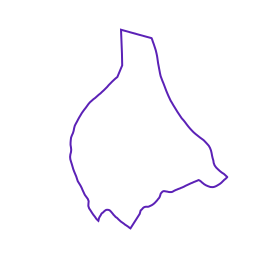 the district of Nisab, Shabwah, Yemen, rotated 335°
{"feature_id": "15242507B68873122709220", "entity_name": "Nisab", "entity_type": "district", "adm_level": 2, "iso_a3": "YEM", "parent_name": "Yemen", "parent_adm1": "Shabwah", "projection": "natural_earth1", "projection_center": [46.477, 14.534], "detail": "fine", "context": "isolated", "style": "outline", "palette": "violet", "viewbox_px": 256, "rotation_deg": 335, "n_neighbors": 0, "source": "geoboundaries", "source_scale": "gbopen_adm2", "svg_char_len": 3498}
<svg xmlns="http://www.w3.org/2000/svg" viewBox="0 0 256 256"><g transform="rotate(335 128 128)"><path d="M87.8,220.0L102.3,210.8L104.6,208.1L105.0,208.0L106.2,207.6L107.1,207.2L108.0,206.8L109.1,206.6L110.0,206.7L110.9,206.9L111.8,207.3L112.7,207.8L113.6,208.0L114.7,208.0L115.6,208.0L116.7,208.0L117.7,207.9L118.7,207.7L119.6,207.5L120.5,207.2L121.4,206.9L122.5,206.4L123.6,206.0L124.5,205.5L125.5,205.0L126.5,204.6L127.4,204.0L128.2,203.2L128.9,202.5L129.5,201.7L130.3,201.1L131.2,200.7L132.2,200.3L133.3,200.2L134.1,200.5L135.0,201.1L136.0,201.8L136.9,202.4L137.6,203.0L138.5,203.6L139.4,204.0L140.3,204.4L141.3,204.6L142.4,204.5L143.5,204.4L144.5,204.4L145.3,204.4L146.5,204.5L147.4,204.5L148.5,204.6L149.6,204.7L151.0,204.7L152.0,204.8L153.1,204.8L154.5,204.8L155.5,204.7L156.7,204.7L157.6,204.7L158.6,204.7L159.6,204.7L160.5,204.7L161.8,204.7L163.0,204.8L164.1,204.8L165.1,204.8L166.1,204.9L167.0,204.9L168.1,205.0L169.0,205.0L169.9,205.0L170.6,205.7L171.2,206.7L171.7,207.7L172.1,208.8L172.7,209.9L173.2,211.0L173.8,211.9L174.4,212.8L175.0,213.5L175.7,214.3L176.4,215.0L177.2,215.8L177.9,216.4L178.7,216.8L179.6,217.3L180.4,217.6L181.4,217.8L182.6,217.9L183.6,217.9L184.7,217.8L185.7,217.7L186.6,217.6L187.5,217.5L188.4,217.3L189.3,217.1L190.2,216.8L191.2,216.4L192.2,216.1L193.1,215.7L194.0,215.5L194.9,215.3L196.0,214.9L197.1,214.5L197.2,214.3L196.5,212.5L195.5,210.1L194.2,208.1L193.1,205.9L192.1,203.5L191.2,201.1L190.7,198.5L190.9,195.9L191.6,193.5L192.0,190.9L192.5,188.6L193.2,185.9L193.7,183.5L193.9,180.7L193.7,178.2L193.0,175.8L192.2,173.3L191.4,171.0L190.2,168.8L189.4,167.4L189.0,166.6L187.8,164.2L186.7,162.0L185.6,159.5L184.8,157.2L184.0,154.7L183.3,152.1L182.7,149.5L182.2,147.0L181.6,144.5L180.8,141.9L180.4,139.4L180.0,136.8L179.6,134.2L179.3,131.5L179.0,128.9L178.7,126.4L178.5,123.9L178.2,121.3L178.2,118.5L178.2,115.8L178.3,113.0L178.4,110.5L178.6,107.9L178.8,105.2L179.0,102.5L179.1,99.9L179.3,97.3L179.5,94.8L180.1,92.0L180.7,89.7L181.3,87.3L182.0,84.6L182.6,82.2L183.3,79.9L184.0,77.6L184.7,75.2L185.3,72.7L185.8,70.3L185.9,69.9L186.2,67.8L186.5,65.3L186.8,62.8L187.0,60.2L187.3,57.8L187.3,56.5L177.5,48.2L163.2,36.0L154.1,57.7L149.2,68.8L140.0,77.2L139.8,77.3L137.4,77.9L135.2,78.6L133.1,79.3L131.0,80.1L128.8,80.9L126.4,82.0L124.2,82.8L122.0,83.6L119.7,84.3L117.7,85.0L115.5,85.5L113.2,86.2L110.9,86.9L108.8,87.3L106.5,88.0L104.4,88.6L102.2,89.6L100.1,90.8L98.1,91.9L96.1,92.9L94.1,94.0L92.2,95.1L90.2,96.5L88.1,97.9L86.2,99.3L84.4,100.7L82.6,102.0L80.8,103.4L79.1,105.4L77.6,107.5L75.9,109.4L74.0,111.0L72.3,112.7L71.0,114.8L69.8,116.9L68.8,119.0L68.1,121.5L67.3,123.8L66.1,125.8L64.6,127.6L63.3,129.7L62.5,132.0L62.1,134.6L61.8,137.0L61.4,139.6L61.0,142.2L60.8,144.7L60.7,147.3L60.6,150.0L60.3,152.4L60.0,155.0L60.3,157.5L60.6,160.1L60.7,162.6L60.6,165.2L60.6,167.8L60.6,170.3L61.1,172.8L61.6,175.3L61.4,177.7L60.2,179.8L59.1,181.9L58.8,184.4L59.2,187.0L59.5,189.4L59.9,191.9L60.5,194.4L60.9,196.9L61.7,199.2L61.9,199.6L62.6,198.8L63.2,197.9L63.9,197.2L64.7,196.6L65.4,196.1L66.3,195.6L67.1,194.9L67.9,194.4L68.9,194.1L69.8,194.0L70.7,193.6L71.7,193.3L72.6,193.1L73.6,193.0L74.5,193.3L75.3,193.7L76.1,194.3L76.7,195.1L77.1,196.2L77.4,197.2L77.7,198.3L78.0,199.4L78.2,200.5L78.6,201.5L78.9,202.5L79.2,203.5L79.9,204.5L80.4,205.7L80.7,206.7L81.1,207.6L81.5,208.6L81.7,209.0L81.9,209.6L82.4,210.5L83.0,211.5L83.5,212.4L84.0,213.3L84.5,214.4L85.1,215.3L85.6,216.1L86.2,217.1L86.7,218.0L87.2,219.1L87.8,220.0Z" fill="none" stroke="#5b21b6" stroke-width="2"/></g></svg>